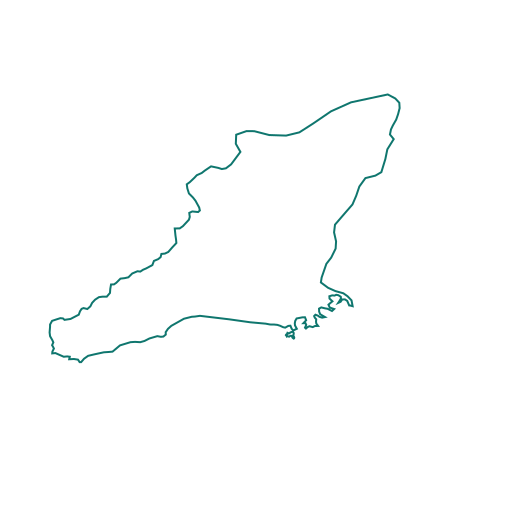 Kota Belud, Sabah, Malaysia (Robinson projection), rotated 223°
{"feature_id": "92858781B56547277278247", "entity_name": "Kota Belud", "entity_type": "district", "adm_level": 2, "iso_a3": "MYS", "parent_name": "Malaysia", "parent_adm1": "Sabah", "projection": "robinson", "projection_center": [116.462, 6.343], "detail": "fine", "context": "isolated", "style": "outline", "palette": "teal", "viewbox_px": 512, "rotation_deg": 223, "n_neighbors": 0, "source": "geoboundaries", "source_scale": "gbopen_adm2", "svg_char_len": 3334}
<svg xmlns="http://www.w3.org/2000/svg" viewBox="0 0 512 512"><g transform="rotate(223 256 256)"><path d="M269.8,464.0L291.3,433.2L299.8,413.0L304.6,391.7L308.6,376.0L316.1,364.6L328.8,353.5L342.4,346.1L348.1,340.9L353.2,331.2L347.3,324.3L338.4,321.5L336.7,306.0L337.8,299.6L340.3,296.3L343.7,294.7L350.0,290.9L351.7,283.5L352.3,279.7L354.4,274.7L354.4,271.2L354.8,264.8L355.5,261.2L352.3,258.6L347.7,256.0L342.0,255.8L337.8,255.1L330.6,252.7L328.1,251.0L328.3,248.7L333.0,245.1L334.2,242.0L331.1,239.4L329.8,236.8L329.8,228.0L330.6,224.2L334.2,220.7L328.8,216.0L325.8,213.6L323.1,211.2L323.1,205.5L322.9,199.1L324.3,195.6L326.6,193.0L325.0,190.1L325.4,187.0L327.3,182.8L325.6,178.7L327.9,171.9L329.2,169.0L330.0,165.7L332.3,164.0L334.6,158.8L334.8,153.4L336.9,150.3L339.7,147.0L339.9,141.1L340.5,138.4L342.6,136.3L340.1,132.5L337.6,129.4L337.4,124.5L340.5,121.6L342.8,118.8L343.9,114.3L343.9,110.0L342.8,106.2L343.2,102.2L346.6,100.3L347.5,98.4L347.0,95.5L345.6,92.2L348.7,83.5L352.5,78.7L354.6,78.7L356.7,77.1L359.0,73.0L360.9,69.5L359.9,65.5L358.2,63.6L354.8,59.3L351.9,56.9L347.4,55.5L345.3,54.6L344.3,51.7L342.6,51.2L340.7,50.5L339.7,47.2L338.6,45.8L336.5,48.2L327.9,51.2L325.6,53.8L323.5,55.3L322.2,53.1L318.9,56.5L315.5,58.8L312.6,58.1L311.5,59.1L311.7,63.6L310.7,68.5L307.5,73.3L304.6,77.5L301.6,81.8L298.5,85.1L295.7,88.2L294.5,97.9L289.0,107.4L285.9,110.7L281.9,114.0L279.6,117.8L277.7,123.0L273.5,130.1L270.5,132.0L268.8,133.9L268.4,137.0L270.1,138.7L270.7,142.7L270.3,147.2L265.9,161.0L261.5,167.8L259.4,170.0L256.2,174.0L232.3,191.5L215.0,203.6L202.8,213.1L199.0,215.5L195.9,218.3L193.4,220.2L190.8,221.4L187.7,222.4L185.8,223.5L184.7,226.9L183.3,228.5L180.3,227.1L178.0,226.9L176.5,230.6L180.1,231.8L181.8,233.3L183.1,235.4L183.7,238.0L180.3,242.7L178.4,244.6L175.5,243.2L175.5,239.2L174.0,240.6L172.3,239.9L171.3,237.0L170.0,237.0L169.8,239.2L169.0,241.1L166.0,242.7L165.2,244.9L162.9,247.2L165.8,247.7L167.3,248.9L168.8,250.8L170.9,251.0L172.5,251.7L172.5,253.6L170.0,254.6L168.1,254.8L165.6,256.0L163.9,258.4L166.9,257.7L169.4,257.2L171.9,258.4L174.0,260.5L173.2,262.9L169.8,264.8L167.7,266.2L162.9,267.6L162.7,270.5L166.9,268.6L169.8,269.8L169.6,271.9L169.2,275.0L173.2,275.0L174.9,276.6L173.4,279.2L171.5,280.7L170.9,282.3L169.0,283.5L166.2,284.0L165.0,283.0L164.3,280.2L163.9,277.8L162.9,280.2L163.3,283.0L161.4,284.9L158.7,285.4L154.1,283.4L153.4,284.0L151.1,285.2L155.9,288.7L161.6,289.0L166.7,288.3L174.0,284.5L181.6,281.9L190.5,280.9L193.3,285.0L199.2,298.3L199.9,306.1L202.8,315.7L207.4,321.3L215.0,326.5L219.6,332.8L220.2,348.0L220.6,359.5L223.8,368.4L227.8,377.3L229.1,387.6L223.5,396.2L221.5,402.8L227.5,415.1L232.7,423.6L235.0,435.4L240.9,436.2L243.6,440.6L244.9,444.7L246.5,451.4L248.8,456.6L251.8,462.1L255.7,465.8L261.6,466.2L269.8,464.0ZM178.9,218.4L178.5,218.2L178.3,218.9L177.9,219.0L177.1,219.4L176.7,219.7L176.5,220.7L176.3,221.2L175.9,221.6L175.4,221.8L175.0,221.8L174.4,221.5L173.7,221.2L172.8,221.2L172.1,221.3L172.0,221.7L172.2,222.2L172.5,222.5L173.1,222.8L173.9,223.1L174.7,223.3L174.9,223.8L175.1,224.4L175.6,225.1L176.3,225.6L177.0,225.7L177.6,225.4L178.2,224.6L178.5,224.0L178.8,223.3L178.8,222.4L179.1,221.8L179.8,221.6L180.6,221.3L180.3,220.6L179.9,220.2L180.3,219.6L180.3,218.9L180.2,218.5L179.7,218.4L179.2,218.6L178.9,218.4Z" fill="none" stroke="#0f766e" stroke-width="2"/></g></svg>